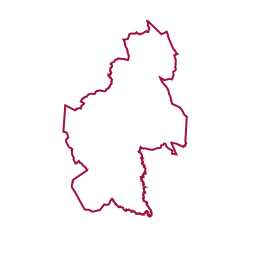 the district of Juaboso, Western, Ghana, rotated 156°
{"feature_id": "2480657B56579001772859", "entity_name": "Juaboso", "entity_type": "district", "adm_level": 2, "iso_a3": "GHA", "parent_name": "Ghana", "parent_adm1": "Western", "projection": "equal_earth", "projection_center": [-2.893, 6.431], "detail": "fine", "context": "isolated", "style": "outline", "palette": "rose", "viewbox_px": 256, "rotation_deg": 156, "n_neighbors": 0, "source": "geoboundaries", "source_scale": "gbopen_adm2", "svg_char_len": 5732}
<svg xmlns="http://www.w3.org/2000/svg" viewBox="0 0 256 256"><g transform="rotate(156 128 128)"><path d="M96.2,210.6L96.0,209.6L96.3,208.5L96.1,207.4L96.5,206.8L96.5,205.4L97.1,204.6L97.0,201.9L96.7,200.5L97.1,199.1L97.0,198.5L97.8,197.0L97.6,195.2L98.0,194.0L98.0,193.2L100.2,190.2L101.1,190.4L101.8,191.2L103.4,192.4L108.8,195.6L109.5,194.9L111.6,195.5L114.3,194.0L117.1,194.1L117.8,193.5L117.1,191.7L117.4,190.9L117.6,190.5L118.9,190.3L119.2,189.7L120.0,189.7L121.0,187.7L120.8,187.4L121.2,186.9L120.7,185.9L120.8,185.3L121.9,184.9L121.8,184.5L122.4,184.3L122.8,183.8L123.3,184.2L124.0,184.1L124.2,183.7L124.4,184.4L124.6,184.1L124.7,183.7L124.0,182.2L124.0,181.2L123.8,180.8L123.3,180.7L123.3,179.9L122.9,178.6L123.4,177.9L124.5,177.3L124.4,176.1L125.0,175.2L125.7,175.2L126.0,174.8L126.3,174.8L127.5,173.9L127.6,173.3L128.2,172.9L129.2,172.8L129.7,172.2L130.3,172.1L130.4,172.4L132.1,172.2L133.3,170.9L135.1,171.3L135.8,172.1L137.3,172.8L137.9,173.6L138.5,174.0L140.2,173.9L141.4,174.6L143.0,174.1L143.4,173.7L143.6,173.1L144.3,172.8L145.6,173.1L147.8,174.4L150.2,174.7L151.8,174.2L152.7,173.5L154.4,173.8L155.3,173.5L156.1,173.7L156.4,173.2L157.7,173.3L160.3,171.6L158.2,168.4L158.7,167.9L160.0,167.5L161.5,167.3L162.4,165.8L163.3,165.0L164.1,165.9L166.7,166.4L166.9,166.1L167.8,166.4L168.3,166.1L168.6,165.6L169.2,165.7L176.1,174.2L188.5,150.9L185.8,148.6L186.2,145.2L186.6,143.5L188.9,142.7L189.6,141.9L190.2,139.9L190.0,137.9L189.8,137.3L189.9,135.5L189.1,133.6L188.4,133.0L187.5,131.2L187.8,131.1L188.3,130.3L188.6,130.3L188.7,129.3L189.7,126.8L189.9,124.6L189.6,123.2L190.0,122.0L190.5,121.7L190.6,119.8L190.1,117.9L190.4,116.9L189.3,116.6L186.3,117.9L186.0,115.8L185.0,114.7L184.7,114.0L184.3,111.7L182.9,109.6L182.7,107.0L182.1,106.6L182.9,105.9L199.7,102.9L199.9,101.9L200.5,101.1L201.2,100.7L201.1,100.3L202.9,98.1L203.3,96.3L202.4,90.6L200.8,71.3L196.8,69.0L194.6,66.0L187.0,64.5L180.8,67.8L180.1,67.1L179.0,66.8L178.6,66.4L177.3,66.1L176.3,66.3L175.3,66.9L173.7,68.7L172.9,68.9L171.9,69.9L171.3,69.8L170.8,68.6L171.1,67.7L171.1,66.7L170.5,66.4L170.4,63.9L170.2,63.3L169.9,63.3L169.9,62.1L169.0,61.4L169.0,60.4L168.6,59.4L168.0,59.1L167.1,59.5L166.9,59.2L166.8,58.6L166.2,58.5L165.4,57.3L165.0,57.2L165.2,56.7L165.1,55.4L164.7,54.4L164.3,54.1L164.2,53.6L163.6,53.2L163.3,54.0L162.9,54.2L162.9,53.3L162.3,53.6L161.7,53.2L160.5,53.3L159.6,51.6L159.0,51.2L159.0,50.8L158.8,51.0L158.5,50.6L158.0,50.7L158.1,49.8L158.0,49.6L156.4,49.6L156.1,49.3L155.7,48.2L155.5,46.1L154.9,45.9L154.7,46.4L154.0,46.3L153.9,45.8L153.2,45.1L152.5,45.0L152.1,45.3L151.9,44.6L151.0,44.4L150.8,43.7L150.2,43.4L150.0,42.8L149.1,43.1L148.9,42.8L148.8,43.1L147.1,43.2L146.4,44.1L146.2,43.9L145.7,44.5L144.6,44.6L143.9,43.2L144.8,42.1L144.6,41.2L145.0,40.8L145.2,41.0L145.5,40.0L144.8,39.4L144.1,39.5L144.1,38.8L143.7,39.1L143.7,38.2L143.2,38.2L142.4,38.8L142.1,38.7L142.0,39.2L141.5,39.6L141.2,40.4L141.1,41.3L140.7,41.6L140.8,42.3L141.0,42.3L140.7,42.6L140.6,43.7L140.7,44.2L141.0,44.5L141.1,45.4L141.6,46.2L141.3,46.6L141.5,46.8L141.5,47.8L141.4,48.0L141.9,48.8L141.8,50.0L142.0,50.4L141.5,50.5L141.5,51.3L140.9,51.8L141.0,52.4L141.3,52.2L141.1,52.5L141.2,52.8L141.5,52.6L141.4,53.1L142.5,53.8L143.0,55.2L143.4,55.3L143.1,56.0L143.2,56.5L142.8,56.9L143.0,57.8L142.1,58.1L142.1,57.6L141.8,57.7L141.5,58.6L141.5,59.3L141.3,59.2L141.6,59.5L141.5,60.7L141.1,60.6L140.5,61.4L140.2,61.0L140.4,61.8L140.0,61.7L139.6,62.6L139.1,63.0L138.5,62.3L138.4,62.7L138.6,63.0L138.6,63.4L139.0,64.0L138.6,64.9L138.4,64.4L138.4,65.8L138.1,66.0L138.3,66.5L137.5,66.5L137.0,66.9L136.9,67.4L136.6,67.3L137.2,68.0L137.2,69.2L137.4,69.4L137.0,69.8L137.2,70.2L136.9,71.3L136.3,71.5L136.1,71.2L136.0,71.6L136.3,71.9L135.9,72.2L136.1,73.3L136.8,73.9L136.7,74.6L137.0,74.6L136.7,75.2L136.4,75.3L136.9,76.2L136.2,76.4L136.2,76.6L135.9,76.3L135.4,76.9L135.4,77.7L135.0,77.5L135.3,78.0L134.6,77.9L134.4,77.5L133.6,77.5L133.3,78.0L133.3,78.5L133.6,79.1L133.3,79.5L132.3,79.5L131.7,80.2L131.5,79.7L130.9,79.3L130.6,79.8L130.3,79.6L130.0,80.6L130.1,81.4L129.6,81.8L129.3,82.6L128.7,83.3L128.5,84.0L129.4,85.8L129.2,86.7L128.8,86.4L128.5,86.5L128.2,86.5L128.3,87.5L128.9,89.1L129.3,89.1L129.3,89.6L129.6,89.5L129.6,90.0L129.4,90.7L128.8,91.1L128.0,91.0L128.3,92.9L127.6,93.6L128.2,94.4L128.1,94.7L128.4,95.5L127.8,95.8L127.6,95.5L127.2,95.7L126.8,95.3L126.9,96.1L126.2,97.5L126.5,99.2L126.9,99.8L126.5,100.7L127.1,101.5L127.8,101.6L127.8,102.2L127.3,102.2L125.9,103.4L125.4,103.5L125.4,103.8L124.9,104.0L125.0,104.8L124.2,105.5L123.8,104.5L122.5,103.1L120.0,102.1L118.0,100.2L114.7,98.2L112.5,97.8L110.1,97.8L106.0,96.7L104.6,98.7L103.1,98.3L102.4,98.5L101.7,99.2L101.2,98.7L100.3,98.3L100.1,98.0L100.5,96.0L99.6,93.4L96.7,89.3L98.2,86.7L94.5,84.2L94.4,97.0L93.8,96.7L93.3,95.9L92.0,95.4L89.3,93.2L88.9,92.3L88.0,91.5L87.7,90.8L86.8,90.4L85.7,88.8L84.9,88.1L84.2,88.9L83.4,89.0L82.9,88.6L82.4,89.8L81.4,90.0L81.0,90.4L81.1,91.7L80.9,92.7L69.7,114.4L71.0,116.7L71.3,118.9L71.2,120.0L71.5,123.1L72.3,125.0L72.4,125.9L77.9,132.2L77.8,133.6L77.3,135.0L77.2,136.5L76.6,137.9L76.6,143.0L76.2,143.9L75.8,146.7L76.3,150.5L77.4,153.2L78.2,157.9L78.2,161.0L76.5,158.9L75.4,157.0L70.0,155.9L68.2,154.5L66.7,155.7L66.1,156.9L64.9,157.6L63.9,160.9L61.2,161.4L60.3,162.3L60.2,164.3L58.8,166.2L58.5,167.4L57.7,168.6L56.7,170.7L56.2,175.6L52.7,175.5L53.4,176.7L53.7,180.0L54.2,180.8L54.5,183.1L54.2,195.1L53.6,196.9L53.7,199.3L53.5,200.2L59.3,200.0L66.4,217.7L67.0,217.8L66.9,216.5L67.3,215.0L67.9,214.0L68.4,213.7L67.9,210.9L68.1,210.2L69.5,208.8L70.3,207.5L71.7,208.0L72.1,209.2L75.2,208.6L79.0,208.6L79.3,209.5L80.7,210.1L81.3,212.0L82.8,211.3L85.6,212.4L86.0,212.7L88.0,213.3L89.2,212.7L90.0,211.3L91.9,209.5L94.7,209.9L96.2,210.6Z" fill="none" stroke="#9f1239" stroke-width="2"/></g></svg>